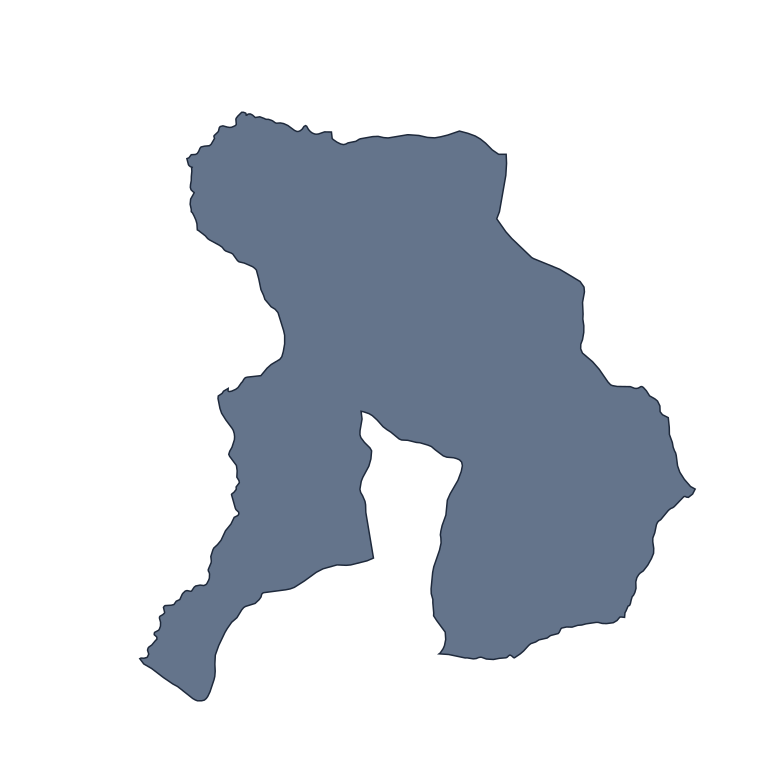 Belen, Nariño, Colombia (Albers equal-area conic projection), rotated 260°
{"feature_id": "7082276B96726097904374", "entity_name": "Belen", "entity_type": "district", "adm_level": 2, "iso_a3": "COL", "parent_name": "Colombia", "parent_adm1": "Nariño", "projection": "albers", "projection_center": [-77.044, 1.595], "detail": "fine", "context": "isolated", "style": "filled", "palette": "slate", "viewbox_px": 768, "rotation_deg": 260, "n_neighbors": 0, "source": "geoboundaries", "source_scale": "gbopen_adm2", "svg_char_len": 6150}
<svg xmlns="http://www.w3.org/2000/svg" viewBox="0 0 768 768"><g transform="rotate(260 384 384)"><path d="M568.2,226.9L567.3,228.0L560.9,233.8L557.8,235.6L556.1,237.3L549.2,246.0L546.9,248.3L543.6,250.1L542.4,251.3L539.5,256.2L538.3,257.6L531.0,261.1L529.5,262.4L527.4,267.3L522.4,274.9L520.5,276.7L518.4,278.1L509.2,278.9L498.3,279.2L492.2,280.8L488.0,281.4L479.7,286.2L476.6,289.7L472.8,292.0L454.0,294.4L449.2,294.6L440.7,293.1L433.3,290.4L428.6,288.1L426.4,285.7L422.8,276.3L419.9,271.6L413.6,264.2L414.5,250.5L414.3,248.5L413.0,246.8L410.8,245.0L410.0,243.8L405.8,239.6L404.5,237.0L403.4,232.6L403.4,230.4L403.7,229.6L404.4,229.2L406.7,229.8L404.8,224.7L402.9,223.0L401.0,218.7L398.5,218.0L388.5,218.2L383.4,219.0L375.8,222.1L366.7,226.7L364.5,227.5L361.1,227.9L358.0,227.7L355.1,227.0L348.1,223.3L344.6,220.4L341.7,218.9L339.6,219.4L329.4,224.5L324.0,224.3L317.8,222.9L314.0,224.4L313.1,224.4L311.9,224.4L308.3,220.5L305.9,220.2L303.4,217.4L302.2,215.1L301.6,214.6L287.5,216.0L286.0,216.4L283.0,218.6L281.3,218.5L279.9,217.3L278.7,213.3L272.7,209.0L267.0,202.4L258.4,196.4L254.7,192.1L252.1,188.0L250.4,186.7L244.2,183.5L239.6,183.2L238.0,182.7L231.8,178.7L230.5,178.5L228.7,179.1L227.2,179.2L223.1,178.3L221.2,177.2L218.2,174.9L217.4,173.9L216.8,171.6L217.9,168.0L217.8,163.5L216.9,161.8L213.5,158.5L213.4,157.6L214.8,154.1L214.6,152.3L212.8,149.6L211.9,148.7L207.2,145.5L206.2,141.7L203.3,138.8L203.1,136.0L203.8,129.9L203.3,129.0L202.3,128.0L197.2,128.3L196.4,127.9L195.3,126.1L194.2,123.1L193.4,122.4L192.2,122.2L188.2,122.6L184.3,121.8L181.3,120.0L180.6,119.1L179.2,114.9L178.1,114.4L177.0,114.2L174.6,116.1L173.7,116.3L171.9,115.9L171.3,114.7L167.3,110.0L165.8,106.8L164.9,105.8L163.0,104.9L158.9,105.4L156.4,103.7L155.9,103.0L155.6,100.0L156.3,97.1L155.9,95.8L150.0,98.8L144.2,105.7L133.1,115.9L125.2,124.0L121.9,128.2L107.5,141.0L105.6,143.3L104.4,145.3L103.7,149.5L103.9,152.2L105.1,154.3L106.8,156.1L111.1,159.2L122.2,165.2L125.4,166.6L130.5,167.9L137.5,168.8L146.3,170.8L155.1,175.8L166.9,184.2L170.4,187.2L175.8,192.6L179.4,198.6L186.3,204.7L188.2,207.0L189.0,209.0L190.3,219.0L193.3,223.6L195.6,225.9L198.3,227.1L199.4,228.9L198.4,251.4L198.5,256.0L199.3,260.4L203.8,271.3L210.3,284.6L212.6,291.9L214.0,306.3L212.0,315.3L211.6,319.7L212.8,336.6L214.4,343.4L260.8,343.8L268.2,344.9L271.7,344.9L277.7,343.5L281.2,342.2L284.5,342.0L292.1,344.7L295.7,346.9L305.7,354.8L312.5,358.1L320.3,360.2L323.5,359.1L329.9,354.6L335.2,351.9L338.3,351.5L342.2,352.3L353.3,356.3L361.1,356.7L360.1,359.2L357.4,364.1L354.9,367.0L349.7,371.0L342.2,375.6L338.6,378.9L335.5,382.3L327.3,389.3L325.8,391.6L324.4,397.7L320.8,405.8L319.9,409.2L316.2,416.6L314.2,419.8L310.3,423.0L302.9,429.9L301.0,433.2L299.3,439.7L297.9,442.6L296.2,445.2L293.6,446.9L289.9,447.0L284.5,444.9L276.3,440.1L264.4,430.1L258.6,426.2L244.2,422.2L234.6,416.7L229.4,414.5L225.6,413.3L222.7,413.3L217.5,412.6L210.7,409.8L195.4,401.3L190.0,399.2L174.1,394.8L169.3,394.1L163.3,394.7L160.0,394.1L149.9,393.2L147.1,392.6L141.9,394.8L129.0,401.2L121.7,400.4L115.8,398.1L113.1,396.3L110.9,394.2L109.3,392.6L108.7,391.4L106.4,400.7L100.1,416.4L99.9,418.2L97.8,424.2L97.6,427.1L98.2,429.7L98.2,431.5L97.9,432.7L95.4,437.0L93.7,443.9L93.8,450.0L93.2,456.6L93.5,457.8L94.9,459.9L95.2,461.0L94.2,462.4L92.0,464.1L91.7,464.9L94.6,471.4L96.8,475.1L101.5,481.2L102.8,483.5L103.6,488.6L105.1,492.2L105.5,500.6L107.1,503.7L107.4,504.8L108.0,512.2L109.1,513.5L112.3,515.8L112.8,516.8L113.0,521.6L111.9,527.0L112.7,532.9L112.3,536.9L112.7,541.2L112.4,551.5L112.0,553.6L110.3,557.3L109.4,561.5L109.1,568.4L110.6,572.4L113.4,575.7L113.4,576.9L112.4,580.4L116.9,581.6L118.3,582.8L122.9,585.8L123.3,587.4L124.9,588.5L128.3,589.9L131.5,591.5L132.5,592.9L135.0,594.8L139.0,596.7L145.4,597.6L149.4,599.4L152.0,601.7L153.3,603.4L154.9,606.9L159.8,612.3L165.7,617.1L170.5,620.1L175.3,621.1L182.0,621.3L185.7,622.0L190.4,624.8L198.2,627.9L200.3,629.4L201.4,630.8L202.3,632.9L210.2,642.2L211.6,644.8L212.0,646.8L212.8,648.5L221.0,659.7L221.0,661.0L220.1,662.2L219.5,664.1L222.0,668.8L226.5,672.2L229.8,668.1L238.0,663.2L245.7,660.0L252.4,658.9L263.0,659.4L265.6,659.2L267.7,658.5L271.5,657.8L276.4,657.8L284.8,656.3L291.7,657.4L301.5,658.1L305.4,652.9L308.8,651.1L314.5,651.9L319.7,650.4L322.2,648.3L326.2,643.5L331.8,641.2L335.6,638.8L336.7,637.5L336.8,636.4L335.8,633.7L335.8,631.7L336.3,629.9L338.6,626.2L341.1,613.2L342.8,608.6L343.9,607.0L347.1,604.9L361.3,598.4L369.7,593.3L380.0,584.8L384.5,583.8L389.0,584.7L393.2,587.2L400.1,589.7L406.6,590.9L413.5,591.1L418.3,592.2L429.9,593.7L439.9,597.4L444.7,597.8L450.9,594.9L466.5,576.9L481.5,553.1L482.9,551.4L505.1,535.1L512.8,530.4L527.1,523.7L533.6,527.6L568.3,540.2L580.0,543.0L589.0,544.2L590.3,536.8L595.7,531.3L603.5,525.9L608.6,521.4L612.4,516.9L616.3,510.2L620.0,502.2L618.1,490.0L617.6,482.9L617.6,476.7L619.3,469.6L622.7,461.5L625.1,451.9L625.4,450.4L625.6,430.8L626.7,426.5L628.9,421.2L629.6,415.9L629.6,403.3L629.3,401.9L627.9,398.5L627.7,390.4L626.9,387.9L626.8,385.7L627.9,383.0L630.4,379.6L633.7,376.3L634.8,375.6L641.3,376.0L642.6,369.2L641.6,362.8L641.8,360.5L642.3,359.1L643.6,357.0L645.4,355.3L647.8,353.8L651.3,352.6L652.1,351.6L651.5,349.9L649.2,347.7L648.0,345.6L647.6,343.8L647.8,342.1L649.2,340.0L655.3,334.2L657.9,330.4L659.1,327.2L659.5,323.4L660.2,322.2L662.4,320.1L663.3,318.8L664.7,316.2L665.2,313.6L666.3,312.2L668.7,308.1L668.8,303.5L671.7,301.2L673.1,299.4L673.4,297.8L673.3,296.8L672.6,295.7L672.6,295.0L674.5,295.0L674.9,294.7L676.0,292.8L676.3,291.0L673.1,286.4L671.3,284.5L670.4,284.1L665.3,283.6L664.6,282.9L664.1,281.9L663.3,278.4L663.5,276.5L664.2,274.4L666.2,270.2L666.0,267.4L665.0,266.3L661.8,264.9L661.0,264.2L658.1,259.8L657.4,259.5L655.2,259.7L650.0,255.3L649.0,253.4L649.4,248.4L649.2,245.0L648.1,243.7L645.3,241.9L643.4,240.1L642.8,238.2L643.3,234.0L640.6,231.1L640.2,229.0L633.9,229.5L632.9,230.0L631.6,231.1L630.7,232.7L629.9,232.0L626.9,231.7L621.9,230.3L617.8,229.5L614.0,228.1L611.2,227.4L608.8,227.7L606.4,229.4L605.6,230.3L605.2,230.2L599.7,225.7L594.7,224.3L589.5,224.5L587.1,224.1L586.0,225.0L582.6,226.1L578.1,227.2L574.3,227.6L568.2,226.9Z" fill="#64748b" stroke="#1e293b" stroke-width="1.5"/></g></svg>